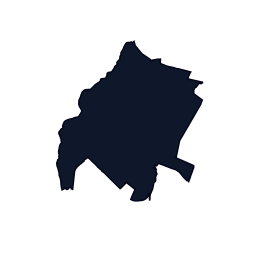 outline of Berceni, Prahova, Romania, rotated 242°
{"feature_id": "2599482B99394014365775", "entity_name": "Berceni", "entity_type": "district", "adm_level": 2, "iso_a3": "ROU", "parent_name": "Romania", "parent_adm1": "Prahova", "projection": "orthographic", "projection_center": [26.101, 44.92], "detail": "fine", "context": "isolated", "style": "filled", "palette": "ink", "viewbox_px": 256, "rotation_deg": 242, "n_neighbors": 0, "source": "geoboundaries", "source_scale": "gbopen_adm2", "svg_char_len": 5611}
<svg xmlns="http://www.w3.org/2000/svg" viewBox="0 0 256 256"><g transform="rotate(242 128 128)"><path d="M201.6,174.0L201.5,173.7L201.4,173.0L201.4,172.5L201.4,172.2L201.7,171.7L201.9,171.5L202.4,171.4L202.5,171.2L202.6,169.8L202.9,169.2L203.5,168.2L203.7,167.7L203.8,167.3L203.8,166.9L203.7,166.2L203.6,165.8L203.2,165.1L202.6,164.2L201.9,163.1L201.4,162.4L200.6,161.6L199.2,159.7L198.6,158.4L198.3,158.0L198.0,157.5L197.5,157.0L197.1,156.7L196.4,156.5L196.1,156.3L195.8,155.9L195.5,155.4L195.4,155.1L195.1,154.7L194.6,154.3L193.7,153.7L192.7,153.2L192.5,152.9L192.4,152.5L192.2,151.9L191.9,150.8L191.6,149.9L191.5,149.6L191.2,149.2L190.7,148.8L190.0,148.5L189.5,148.2L189.2,148.1L189.1,147.8L188.9,147.4L188.8,146.4L188.6,145.7L188.5,145.3L187.9,144.6L187.0,143.3L186.7,142.9L186.5,142.3L185.8,141.1L185.4,140.2L185.3,139.4L185.3,139.1L185.6,138.7L186.1,137.2L186.2,136.5L186.2,135.8L186.1,135.5L185.5,134.9L184.5,134.2L183.8,133.5L183.2,132.7L182.8,132.2L182.6,131.8L182.7,130.7L183.1,129.7L183.5,128.8L183.8,128.2L183.9,127.8L184.0,127.4L183.9,127.0L183.6,126.6L183.2,126.3L182.8,125.9L182.5,125.6L182.3,125.1L182.0,124.2L182.0,123.4L181.6,119.3L180.7,116.8L180.3,115.0L179.8,113.7L179.8,113.4L179.8,113.1L179.9,112.6L181.2,109.7L181.7,108.7L181.8,108.1L181.9,107.1L181.7,106.3L181.4,105.1L181.2,104.5L181.0,104.1L180.5,103.7L180.1,103.2L179.7,102.6L179.1,102.0L177.9,100.8L177.3,100.2L176.2,98.6L175.6,97.9L174.9,97.3L172.8,96.1L171.7,95.6L170.2,95.3L169.2,95.3L166.5,95.4L165.2,95.4L164.7,95.4L164.4,95.1L164.0,94.4L163.4,93.5L161.7,90.6L161.4,89.9L161.3,89.6L161.3,89.2L161.7,87.5L161.8,87.2L162.1,86.1L162.2,85.6L162.3,85.2L162.3,84.5L162.3,83.8L162.6,82.5L163.1,81.1L163.3,80.3L163.5,78.7L163.6,78.3L163.7,77.0L163.6,76.0L163.6,75.4L163.4,74.9L163.3,74.5L162.7,73.8L162.3,73.2L160.8,71.5L160.3,71.2L159.5,71.0L159.1,70.9L158.8,70.6L158.6,70.2L158.5,69.7L158.5,68.7L158.4,68.3L158.3,68.0L157.6,66.9L157.4,66.4L157.2,65.9L156.8,65.1L156.5,64.9L155.5,64.4L151.4,63.9L149.9,63.7L147.9,63.0L146.8,62.6L146.3,62.3L146.1,62.0L145.7,61.3L145.6,60.9L144.6,59.6L143.8,58.8L141.9,57.4L140.7,56.3L140.0,55.8L139.4,55.5L138.5,55.0L137.6,54.9L136.5,54.5L135.7,53.9L135.2,53.5L134.7,53.4L134.4,53.4L134.0,53.2L133.7,52.9L133.5,52.6L133.3,52.1L133.2,51.9L132.8,50.9L131.5,49.9L130.9,48.9L129.8,48.4L128.9,47.9L127.5,47.5L126.7,47.4L124.8,47.1L123.0,46.6L121.3,46.3L119.7,45.6L118.4,45.0L116.7,44.8L114.4,44.4L111.8,43.4L109.2,42.2L106.8,41.4L104.3,40.7L104.3,44.3L104.0,44.4L102.7,44.9L102.7,45.0L102.4,45.4L102.3,45.5L102.2,45.8L102.2,46.0L102.3,46.3L102.8,47.8L103.0,48.9L100.8,50.0L100.6,49.6L99.8,50.3L101.2,51.3L102.6,52.2L114.0,59.9L115.0,60.7L115.6,61.4L116.3,62.3L117.0,63.6L117.2,64.0L117.6,65.0L118.1,66.8L118.4,68.3L118.8,70.5L119.5,73.7L119.7,73.8L119.9,74.0L120.0,74.0L120.3,74.2L120.3,74.3L120.4,74.7L120.4,75.1L120.5,75.9L120.5,76.1L120.8,78.1L121.0,78.8L120.2,79.0L119.5,79.3L119.1,79.5L114.1,81.1L113.0,81.5L108.3,83.0L108.2,82.8L107.0,83.2L106.4,83.5L105.2,83.9L105.0,84.0L104.3,84.2L102.9,85.0L101.5,85.4L101.5,85.0L100.7,85.6L89.4,89.1L84.6,90.6L81.7,91.5L79.0,92.4L78.3,92.5L78.1,92.7L78.1,92.8L80.6,101.0L75.2,103.4L70.5,105.4L63.7,96.9L62.6,97.6L61.5,98.6L61.1,99.1L60.3,100.2L59.9,100.8L59.4,101.8L58.7,103.4L57.7,106.0L57.2,107.7L57.1,108.1L57.1,108.8L57.1,110.3L57.3,111.1L57.5,111.9L57.9,112.6L58.5,113.5L59.1,114.2L59.8,114.9L60.4,115.3L60.2,115.8L56.0,114.0L54.4,113.3L54.3,113.5L55.9,114.5L57.3,115.2L58.0,115.8L59.1,116.7L59.7,117.5L62.0,120.3L62.4,120.9L65.4,123.4L65.7,123.7L66.1,123.9L66.6,124.3L67.6,125.3L67.8,125.8L67.8,126.1L67.8,126.4L67.9,126.7L68.2,127.0L68.4,127.4L68.5,127.6L68.7,127.8L68.9,128.0L69.7,128.2L69.9,128.3L70.4,128.8L70.7,128.9L71.7,129.2L72.0,129.4L72.1,129.5L72.2,129.8L72.3,130.0L72.6,130.3L73.1,130.9L73.6,131.7L73.9,132.0L74.1,132.1L74.9,132.1L75.3,132.0L75.5,132.0L76.1,132.3L76.3,132.4L76.5,132.5L76.7,132.4L77.0,132.4L77.4,132.5L77.5,132.6L77.7,132.9L77.7,133.1L77.8,133.4L78.0,133.4L78.3,133.2L78.5,133.4L78.6,133.5L78.8,133.5L79.0,133.2L79.1,133.4L79.6,133.5L79.7,133.4L79.8,133.3L79.7,133.1L79.6,132.6L79.7,132.4L79.8,132.4L79.9,132.5L79.9,133.0L80.3,133.3L80.4,133.5L80.6,133.5L80.7,133.4L80.9,133.3L81.1,133.2L81.1,132.9L81.3,132.7L81.1,132.3L81.1,132.2L81.4,132.2L81.7,132.7L81.6,132.9L81.6,133.2L81.7,133.4L81.7,133.5L81.8,133.6L82.3,134.0L82.6,134.2L82.7,134.4L82.6,134.7L82.5,134.8L82.3,134.9L81.9,135.0L81.6,135.0L81.4,135.1L81.2,135.3L81.2,135.6L81.4,136.1L81.8,137.0L82.4,137.7L82.8,138.1L80.8,139.8L79.5,141.0L75.6,144.4L74.9,145.0L71.4,148.0L71.1,148.3L70.8,148.7L70.3,149.2L68.6,150.7L64.1,153.0L64.0,152.8L62.4,153.2L58.8,153.8L57.5,154.2L54.1,155.2L54.2,155.8L52.2,156.4L53.1,157.4L54.7,159.2L56.2,160.7L61.9,167.1L62.3,167.5L64.0,168.3L74.4,160.1L79.1,156.4L89.6,165.1L92.6,167.6L95.2,171.9L100.4,180.2L101.1,181.4L102.6,183.8L105.1,187.8L105.4,188.3L109.7,195.2L114.9,203.5L117.9,206.7L125.8,202.9L126.6,202.5L127.2,202.3L129.0,202.8L129.6,203.4L130.4,203.6L131.1,204.1L131.2,204.8L132.0,205.4L132.1,207.4L132.7,208.7L133.6,210.6L134.0,211.9L132.8,213.4L133.0,214.2L132.9,215.0L133.4,215.3L143.5,203.7L146.4,207.3L147.2,208.3L147.4,208.6L147.5,208.8L148.0,209.7L156.2,200.8L156.8,200.0L158.1,198.3L159.8,196.8L161.1,195.2L162.9,193.0L163.1,192.8L164.6,191.2L169.8,186.8L173.6,189.0L173.9,188.4L174.0,187.9L174.7,186.7L175.0,186.1L175.2,185.3L175.5,184.5L175.6,184.0L175.7,183.7L176.0,182.8L176.3,182.0L176.4,181.7L176.3,181.4L176.1,181.0L175.9,180.7L177.6,179.7L177.7,180.0L177.9,179.9L183.9,176.8L185.2,176.1L186.7,175.3L187.6,175.0L196.5,173.2L197.3,173.0L201.6,174.0Z" fill="#0f172a" stroke="#020617" stroke-width="1.5"/></g></svg>